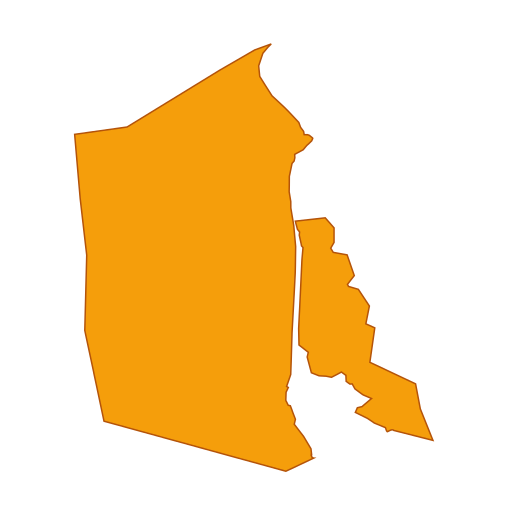 the district of Al-Ganayin, As Suways, Egypt, rotated 184°
{"feature_id": "37247803B61862544009771", "entity_name": "Al-Ganayin", "entity_type": "district", "adm_level": 2, "iso_a3": "EGY", "parent_name": "Egypt", "parent_adm1": "As Suways", "projection": "orthographic", "projection_center": [32.548, 30.059], "detail": "fine", "context": "isolated", "style": "filled", "palette": "amber", "viewbox_px": 512, "rotation_deg": 184, "n_neighbors": 0, "source": "geoboundaries", "source_scale": "gbopen_adm2", "svg_char_len": 2201}
<svg xmlns="http://www.w3.org/2000/svg" viewBox="0 0 512 512"><g transform="rotate(184 256 256)"><path d="M409.7,128.4L409.7,128.2L405.7,114.3L396.1,80.6L211.3,43.4L210.8,43.6L184.4,58.4L184.5,58.4L185.2,58.7L185.4,58.8L185.6,58.9L185.7,59.0L186.1,59.1L186.5,59.9L187.0,60.8L187.0,62.1L186.7,62.0L187.7,67.5L195.9,79.3L206.1,90.8L205.3,95.9L208.3,102.3L209.5,105.1L211.3,109.0L213.5,109.4L214.5,111.2L216.2,114.0L216.5,122.2L214.6,127.1L216.4,128.0L216.1,129.0L213.1,140.2L213.6,154.2L214.6,179.8L214.7,181.8L214.9,195.2L215.4,227.0L215.7,242.0L216.0,248.4L217.1,268.2L218.2,274.9L220.4,288.6L221.0,291.3L224.6,306.3L225.1,312.7L227.4,322.4L227.7,328.2L228.3,337.8L227.9,340.6L226.5,350.9L224.6,353.4L224.1,356.7L224.5,360.1L216.3,365.3L214.4,368.0L212.9,370.0L211.3,371.6L209.1,374.1L208.5,374.7L207.6,377.2L207.8,377.7L211.2,380.1L213.0,380.6L216.4,380.4L217.2,383.6L220.5,387.5L222.6,392.2L233.5,402.3L237.6,405.9L244.0,411.1L251.2,416.9L258.7,427.0L264.8,435.4L266.6,445.9L263.3,458.7L258.6,465.2L255.6,468.6L271.6,461.5L304.9,439.0L393.6,375.7L445.4,364.7L435.4,301.1L427.0,256.1L424.9,244.9L424.9,244.5L421.6,169.8L420.3,165.2L409.7,128.4ZM219.2,293.5L218.2,290.4L218.1,290.2L216.5,285.5L214.2,283.0L214.3,279.8L211.8,271.3L211.3,269.3L209.7,267.7L209.9,256.6L209.9,255.2L208.8,207.0L208.7,200.6L208.4,186.6L206.9,170.2L200.2,165.7L199.2,165.0L197.1,163.6L197.9,158.8L192.6,143.4L192.0,143.2L184.8,140.9L182.7,140.9L177.8,141.0L172.2,140.3L167.1,143.4L162.7,146.2L158.3,143.4L158.0,143.3L157.3,137.2L153.4,134.8L151.1,135.1L148.0,130.3L141.1,125.9L139.4,124.9L134.8,123.3L132.2,122.4L130.8,121.9L138.7,114.2L139.6,113.2L144.3,111.7L146.0,106.9L133.5,101.8L130.7,100.2L127.9,98.6L126.5,97.7L114.9,93.8L114.5,92.8L113.6,90.7L112.8,89.9L111.9,90.3L111.6,90.5L111.1,90.8L110.5,91.1L109.8,91.6L109.7,91.6L108.5,92.0L108.4,92.1L107.9,92.1L107.4,92.1L107.2,92.1L106.9,91.9L106.7,91.8L106.6,91.7L106.4,91.6L68.8,84.8L66.6,84.4L67.3,85.8L81.4,114.9L87.9,139.6L135.0,157.9L132.5,192.6L141.7,196.0L139.4,214.0L151.6,229.9L161.6,232.1L162.8,234.1L156.6,243.3L165.2,263.5L179.2,265.0L182.0,269.0L179.1,275.0L180.1,289.5L189.6,298.9L219.2,293.5Z" fill="#f59e0b" stroke="#b45309" stroke-width="1.5"/></g></svg>